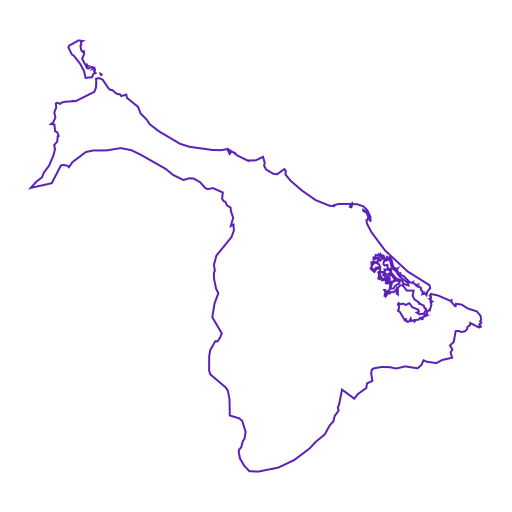 Aklan, Aklan, Philippines (Mercator projection)
{"feature_id": "2640588B21218366338371", "entity_name": "Aklan", "entity_type": "district", "adm_level": 2, "iso_a3": "PHL", "parent_name": "Philippines", "parent_adm1": "Aklan", "projection": "mercator", "projection_center": [122.331, 11.655], "detail": "fine", "context": "isolated", "style": "outline", "palette": "violet", "viewbox_px": 512, "rotation_deg": 0, "n_neighbors": 0, "source": "geoboundaries", "source_scale": "gbopen_adm2", "svg_char_len": 6003}
<svg xmlns="http://www.w3.org/2000/svg" viewBox="0 0 512 512"><path d="M481.1,319.9L480.6,315.9L476.8,311.4L467.8,308.5L461.6,304.6L456.0,303.8L455.6,306.2L454.8,306.0L451.4,301.9L451.5,300.2L450.2,300.8L438.3,295.6L431.0,293.9L429.3,296.5L430.6,295.4L431.1,298.1L429.4,298.8L430.6,299.8L430.5,301.7L430.9,300.3L432.4,301.6L430.7,302.4L431.4,304.5L429.8,310.4L429.0,310.0L427.2,311.7L426.9,314.0L425.5,314.6L426.6,315.0L425.4,315.2L426.1,315.6L426.2,315.8L422.1,317.4L422.8,318.8L422.1,319.3L420.0,317.9L418.7,319.6L415.8,320.0L414.5,321.5L414.2,320.1L411.3,321.0L410.7,318.6L409.3,321.2L407.5,322.0L406.2,320.0L404.4,321.1L405.7,319.2L404.0,318.9L399.8,311.9L397.9,310.7L398.9,308.8L398.9,305.8L397.9,304.6L398.6,303.1L400.3,304.3L403.2,303.6L405.6,305.0L409.3,303.2L412.4,307.3L418.2,309.6L418.9,311.8L416.8,312.6L419.5,314.4L424.2,313.4L426.1,309.5L425.7,308.5L424.6,308.2L423.8,305.7L419.8,303.7L418.6,304.4L419.5,303.4L418.9,302.5L414.5,299.4L412.6,295.8L413.6,290.6L406.8,290.6L402.7,285.3L400.0,285.4L397.8,287.9L397.9,294.5L396.5,293.4L396.8,291.2L395.7,290.3L393.5,292.1L390.5,292.1L389.9,293.2L389.2,292.0L386.4,295.4L386.5,294.6L385.7,295.0L385.7,296.1L384.6,295.9L384.8,293.7L386.1,293.4L384.2,290.0L385.3,290.0L386.7,292.3L390.2,288.9L389.8,287.3L391.0,283.6L385.8,283.3L385.8,281.3L387.5,279.2L381.9,280.4L381.0,277.7L378.9,279.8L380.0,277.4L379.8,276.2L378.6,277.2L379.1,274.5L378.2,272.3L380.4,271.0L380.0,268.5L376.4,268.9L374.4,272.0L370.6,268.6L371.7,266.3L371.4,262.3L377.8,261.7L378.0,258.3L377.2,257.8L373.6,259.7L373.6,257.5L375.1,258.1L375.7,255.0L377.7,255.6L378.5,254.2L380.1,255.5L380.5,254.1L382.0,256.4L382.6,255.4L383.7,255.8L384.6,259.1L385.9,258.9L386.9,256.9L387.7,257.8L389.5,257.2L391.5,259.7L393.2,266.8L396.2,269.1L397.6,268.4L396.7,269.9L399.4,273.9L400.3,273.4L400.2,274.9L403.7,276.0L409.6,282.2L412.3,282.8L413.2,282.1L413.1,283.1L416.0,284.8L417.7,284.6L416.5,285.8L418.2,286.9L419.2,286.4L421.2,288.3L420.7,289.5L422.7,291.7L422.4,294.0L423.7,293.0L423.6,293.9L425.2,293.5L426.4,295.1L427.2,291.7L430.2,288.2L429.4,285.1L407.5,271.4L384.9,250.3L371.3,232.0L366.9,223.4L366.5,220.0L367.8,219.8L368.2,216.5L366.5,212.6L363.2,210.8L363.2,209.9L368.7,213.3L370.5,221.8L370.4,216.9L367.4,210.3L363.3,206.3L356.8,204.1L352.9,204.2L352.4,203.4L351.4,207.3L349.9,206.8L350.8,203.9L338.4,204.0L334.0,205.2L334.1,206.1L329.8,205.8L315.6,200.1L301.9,190.5L290.6,180.8L285.4,174.4L285.8,170.9L284.3,169.1L277.1,174.3L273.1,173.7L266.1,169.5L264.1,165.8L264.7,162.7L263.0,156.8L255.7,160.4L248.4,160.5L249.3,161.4L237.1,155.4L234.8,153.4L235.7,152.4L234.9,153.1L231.5,151.4L231.0,152.1L231.0,151.1L229.2,149.9L230.4,152.8L229.6,153.9L227.2,149.1L221.0,150.2L212.4,150.0L189.6,146.8L180.0,143.8L158.9,131.3L149.7,124.2L146.8,119.7L140.6,113.5L138.1,106.9L126.9,97.8L126.3,94.6L121.2,96.1L120.1,94.4L116.6,93.8L112.1,89.9L110.6,90.1L108.5,88.3L102.6,79.6L98.9,78.1L96.1,78.7L96.3,84.8L95.3,85.3L96.0,85.3L96.0,87.4L94.4,91.8L75.6,101.2L72.7,100.9L72.6,102.2L72.4,101.3L65.8,101.7L62.1,102.4L60.2,103.9L57.4,102.7L55.9,103.4L56.2,107.7L54.3,112.3L55.4,117.7L53.1,122.5L51.0,124.1L54.4,124.5L55.1,131.2L57.4,132.4L58.6,136.0L57.7,136.2L57.2,141.6L54.2,145.1L55.0,149.1L53.6,155.0L49.1,165.6L43.8,172.7L42.0,177.3L36.6,181.5L30.7,187.9L51.7,183.2L60.9,165.5L63.2,164.9L67.7,165.8L68.9,167.2L72.5,162.1L85.9,152.0L93.2,150.5L106.8,150.4L120.8,148.1L131.3,150.2L140.5,154.6L166.0,169.1L173.0,174.9L183.4,180.0L189.2,178.3L193.6,178.5L200.2,182.3L205.4,188.2L207.8,189.1L212.9,188.1L222.8,192.5L222.1,198.8L223.6,201.1L225.4,201.8L226.8,205.2L230.7,207.8L230.8,210.8L233.2,217.8L230.8,226.0L233.5,224.6L233.9,230.4L231.5,237.1L216.4,255.6L213.9,265.0L214.9,270.8L213.9,272.6L214.1,279.0L216.0,288.4L218.3,293.3L214.5,303.6L212.3,317.2L221.8,333.4L219.7,338.3L217.4,341.5L215.3,341.2L210.2,350.2L209.2,356.2L209.1,370.3L210.2,374.3L225.9,387.6L227.9,390.9L229.5,398.9L229.8,415.5L239.1,418.3L242.2,420.8L245.6,431.8L244.5,438.7L242.9,441.0L241.2,447.3L238.9,449.9L238.8,452.4L240.0,458.6L244.5,466.1L249.4,471.2L258.3,471.6L278.3,467.6L294.4,459.9L309.7,448.4L315.4,442.1L324.8,434.4L329.7,425.4L333.3,421.5L334.7,416.0L338.6,410.6L337.8,407.4L339.1,404.5L342.0,389.6L354.3,398.7L357.8,394.1L366.3,388.0L367.0,383.4L372.3,381.0L371.2,373.3L371.9,369.6L373.6,368.4L381.4,367.0L389.3,367.1L396.3,368.5L405.1,366.4L417.6,368.3L421.4,365.0L423.6,360.3L427.0,361.8L436.3,363.1L442.2,360.0L452.1,357.7L450.6,352.4L452.4,349.5L450.0,345.4L453.7,342.0L455.7,331.1L458.5,330.9L461.2,332.0L464.8,331.4L467.2,329.0L467.4,326.9L469.9,325.3L470.3,323.0L478.9,327.5L480.8,326.8L480.6,325.9L479.5,326.2L479.4,324.2L481.3,322.7L480.1,321.3L481.1,319.9ZM71.8,54.4L74.1,56.0L80.2,63.9L84.0,70.9L85.6,77.9L92.0,77.2L93.5,73.7L95.6,73.0L94.1,71.0L95.0,70.0L94.6,68.4L92.4,69.0L93.6,67.5L90.7,66.8L88.8,68.5L86.9,68.1L86.4,66.8L87.1,66.9L87.9,66.0L86.3,66.0L86.8,64.5L85.1,64.4L82.1,58.8L84.2,53.9L83.8,51.2L82.7,51.9L81.3,50.4L80.4,45.7L81.2,45.1L81.0,42.0L82.7,41.0L78.5,40.4L69.2,45.6L68.4,47.4L71.8,54.4ZM389.7,259.3L383.8,261.3L383.5,264.3L384.7,265.5L387.4,264.9L387.6,268.4L390.9,269.0L391.3,272.8L396.5,278.7L400.5,279.9L402.7,281.6L403.1,283.6L408.5,285.5L408.3,283.3L399.2,276.1L395.7,270.9L392.0,268.3L389.7,259.3ZM395.8,280.5L393.3,281.8L391.1,281.9L391.9,283.7L390.6,287.6L391.4,288.6L393.6,288.5L394.9,286.1L399.5,283.0L399.6,281.4L395.8,280.5ZM391.4,274.9L386.0,277.2L386.0,278.2L388.1,277.4L389.8,278.2L389.6,279.9L386.9,281.9L387.3,283.1L391.0,281.6L392.5,281.7L395.0,279.9L391.4,274.9ZM375.2,262.4L372.6,264.6L371.1,268.0L374.7,270.1L376.0,267.7L380.1,267.0L379.1,264.4L375.2,262.4ZM383.6,272.0L381.0,272.1L379.6,274.2L382.5,279.1L385.7,278.3L385.9,277.1L383.2,275.1L383.6,272.0ZM390.1,270.1L384.5,269.5L385.4,274.9L390.3,273.3L390.1,270.1ZM381.4,256.4L378.8,257.6L380.1,260.6L381.9,258.8L383.4,258.7L381.4,256.4ZM100.5,73.8L100.7,74.5L101.9,75.6L101.4,74.3L100.5,73.8ZM396.5,289.1L396.1,290.2L396.7,290.8L396.8,290.2L396.5,289.1Z" fill="none" stroke="#5b21b6" stroke-width="2"/></svg>